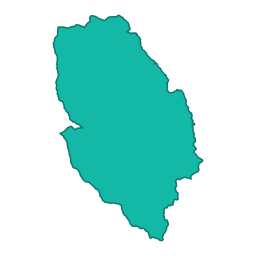 Girardota, Antioquia, Colombia (Robinson projection)
{"feature_id": "7082276B6763900439395", "entity_name": "Girardota", "entity_type": "district", "adm_level": 2, "iso_a3": "COL", "parent_name": "Colombia", "parent_adm1": "Antioquia", "projection": "robinson", "projection_center": [-75.429, 6.376], "detail": "fine", "context": "isolated", "style": "filled", "palette": "teal", "viewbox_px": 256, "rotation_deg": 0, "n_neighbors": 0, "source": "geoboundaries", "source_scale": "gbopen_adm2", "svg_char_len": 5745}
<svg xmlns="http://www.w3.org/2000/svg" viewBox="0 0 256 256"><path d="M195.8,148.1L195.0,147.4L194.5,146.2L194.0,146.0L193.7,145.2L193.4,145.0L193.8,143.9L193.6,142.4L194.5,142.2L195.6,141.3L195.4,140.7L195.3,139.2L195.1,138.3L194.8,138.4L193.7,136.1L194.4,134.1L193.2,131.6L193.1,130.3L192.7,129.2L193.1,127.9L192.6,127.3L192.3,125.6L193.8,125.2L194.6,124.5L194.2,123.3L193.2,123.3L192.2,122.9L192.4,122.2L193.1,120.8L192.0,119.1L191.6,119.0L191.0,118.1L191.7,117.6L191.8,117.2L191.6,117.1L191.9,116.6L192.1,115.7L191.5,114.8L191.8,114.5L191.4,113.4L191.4,113.0L190.8,112.9L190.3,112.6L188.8,111.0L188.2,109.9L188.0,109.7L187.9,109.4L188.2,109.1L188.4,108.2L188.6,108.0L186.9,105.6L186.5,105.3L186.1,104.5L186.0,103.9L186.0,101.7L186.2,100.7L186.0,99.9L185.3,98.4L184.8,97.7L184.1,95.9L183.8,94.1L183.2,93.0L182.0,91.4L181.7,90.7L181.2,90.3L179.2,90.6L178.9,90.5L178.9,90.1L178.5,90.1L178.1,90.5L176.9,89.7L176.3,90.8L175.4,91.2L175.0,91.1L173.9,92.1L171.2,92.9L168.8,92.4L168.2,91.7L168.2,91.3L167.3,90.3L167.0,89.8L167.1,88.2L167.3,87.8L167.4,87.2L167.3,84.5L166.8,83.8L167.4,83.4L167.3,82.2L168.2,81.5L168.5,80.5L168.5,79.9L167.7,79.0L166.2,76.5L166.0,75.2L164.3,74.2L161.3,70.5L160.6,68.7L159.9,68.0L159.4,68.0L158.5,66.9L157.8,66.4L157.3,64.1L156.6,63.9L156.4,63.3L156.1,63.2L155.0,63.5L155.3,63.1L155.3,62.6L154.8,62.1L154.7,62.4L154.5,62.2L154.4,61.4L154.0,60.9L151.7,59.7L150.7,58.9L150.1,58.2L149.5,57.8L149.3,57.1L148.6,56.7L147.1,55.2L146.5,53.5L146.0,52.7L145.0,51.8L144.2,50.7L142.5,49.7L141.9,48.7L142.0,48.0L141.9,47.2L141.1,46.5L140.4,45.2L140.5,43.6L140.8,42.8L140.7,42.1L140.2,41.1L140.5,39.3L139.9,38.7L139.6,37.8L139.0,37.0L138.5,36.8L137.6,35.7L137.1,35.5L136.8,35.0L137.3,34.7L137.2,34.4L136.3,33.7L136.1,33.3L135.0,32.9L134.7,33.4L132.8,33.2L132.2,32.8L130.5,33.8L129.1,32.3L128.3,32.3L127.1,31.7L130.0,29.3L130.1,28.3L129.1,26.4L129.0,24.9L128.1,22.7L127.3,22.2L125.4,20.2L124.7,20.1L124.1,19.7L123.4,18.8L123.1,17.7L121.7,17.2L119.4,15.5L118.4,15.4L116.1,16.7L109.1,17.0L106.8,18.6L105.2,20.3L104.1,20.5L102.7,19.8L101.6,19.6L99.4,18.8L96.2,16.9L94.1,16.0L93.3,15.8L91.2,15.8L90.5,16.3L89.8,17.7L89.8,18.9L90.2,21.1L90.0,21.5L88.3,22.6L87.3,23.5L84.5,27.4L83.8,27.3L83.3,26.8L82.6,26.4L81.0,26.1L79.5,25.1L77.5,25.1L76.6,24.7L76.2,24.7L75.8,25.1L74.8,26.5L73.3,26.4L70.0,27.2L68.5,28.1L67.7,28.1L63.6,27.1L60.5,27.0L58.1,27.2L57.5,35.1L57.1,36.0L55.4,37.4L54.9,38.3L54.5,39.6L54.5,41.6L53.7,42.4L53.4,43.4L53.9,47.0L54.8,49.8L55.2,53.0L56.8,55.1L57.1,55.9L57.4,57.6L57.2,61.7L56.8,63.6L56.8,64.8L57.3,66.8L56.8,67.7L57.0,68.8L57.5,70.0L57.7,71.8L58.2,72.5L58.0,73.5L58.6,74.7L58.4,75.8L57.6,78.0L57.1,78.9L56.8,80.2L56.0,81.7L55.9,82.3L56.5,84.7L56.7,86.3L56.3,87.5L56.4,89.5L56.6,90.0L57.3,90.5L57.6,91.0L57.2,93.8L57.4,94.2L58.1,94.7L58.1,96.2L58.7,97.3L58.7,98.8L59.0,99.6L59.4,100.1L59.6,100.1L61.0,101.2L62.5,101.4L62.8,101.9L63.3,103.1L63.5,104.2L64.2,105.6L64.1,107.8L64.7,108.8L65.4,109.4L66.6,111.8L68.3,112.8L68.5,114.8L69.6,115.8L69.5,118.0L70.0,119.4L70.9,120.2L71.9,120.7L72.9,122.0L74.7,122.1L75.5,122.7L76.3,123.8L77.0,124.0L78.3,124.2L79.0,124.6L80.3,126.1L81.3,126.7L82.3,127.7L79.2,128.1L77.0,128.2L75.7,129.4L75.2,129.5L74.5,129.3L71.5,126.5L70.5,126.4L68.8,127.4L67.2,128.0L66.3,129.5L64.5,131.0L62.7,132.3L60.2,133.3L60.1,133.5L61.1,134.6L62.9,135.4L63.2,135.8L64.3,138.2L65.7,139.6L66.8,141.6L67.2,143.3L67.8,147.8L68.7,150.4L69.2,152.6L69.3,154.6L70.5,157.8L70.7,161.9L71.1,163.0L72.3,165.2L72.5,166.3L72.9,167.2L73.8,167.9L76.4,168.6L77.1,169.1L79.1,171.6L79.4,172.7L80.2,174.1L80.2,174.9L80.4,175.5L81.1,176.3L82.8,179.1L84.6,181.1L85.7,181.7L88.2,182.2L89.1,182.5L90.8,183.8L92.1,185.1L93.8,186.5L95.3,188.5L96.3,189.2L97.9,189.8L98.9,191.4L99.7,193.4L100.1,196.2L100.5,196.7L101.1,197.1L101.9,198.2L102.4,199.9L102.9,200.7L104.0,201.3L105.3,202.3L106.6,202.3L110.0,203.1L114.2,203.0L116.4,203.7L118.6,203.7L119.7,204.6L121.3,205.1L122.0,209.6L122.4,210.8L122.8,211.4L122.9,212.6L123.6,213.5L124.1,214.8L125.1,215.4L126.3,216.7L129.9,222.3L130.0,223.3L130.7,224.5L131.9,225.8L132.4,226.1L133.8,226.1L134.6,226.5L136.7,226.1L138.3,226.8L139.9,228.3L141.1,228.4L141.6,228.7L142.6,228.2L143.9,228.4L144.7,229.4L144.9,230.0L145.7,230.6L146.3,231.4L147.7,231.7L148.4,232.3L148.5,233.5L148.9,234.3L149.5,236.8L150.3,238.2L151.2,238.0L151.8,237.5L153.7,237.3L154.5,237.8L155.1,237.7L155.5,238.0L158.2,238.9L158.9,239.7L160.0,240.3L161.8,240.6L162.5,240.3L163.2,239.1L162.6,238.3L162.5,237.7L162.6,236.6L163.4,235.3L163.3,234.0L163.7,233.8L164.7,232.7L164.9,232.2L165.5,231.7L165.6,230.4L166.6,229.4L166.3,227.7L166.6,227.2L167.7,226.2L167.7,225.4L168.3,224.6L168.2,223.1L167.6,222.4L167.4,222.0L167.6,221.1L167.5,220.5L166.4,220.1L165.2,219.8L164.6,219.9L164.4,217.0L163.7,215.0L163.7,213.5L164.2,213.3L164.2,212.9L163.8,212.2L163.7,211.7L164.1,210.8L164.1,210.2L164.4,209.5L164.6,208.1L167.2,207.7L168.3,205.1L170.0,205.8L172.1,204.9L172.9,203.9L173.0,204.1L173.3,203.1L173.1,202.4L173.2,202.1L174.3,199.9L175.0,199.3L175.4,199.3L177.0,199.9L177.5,199.7L178.2,198.9L177.8,197.9L177.7,196.3L178.0,193.4L177.8,193.0L176.9,192.4L176.6,192.0L175.5,189.6L175.4,188.6L175.0,188.0L175.1,187.7L176.1,186.7L176.6,185.9L176.2,184.4L176.3,183.2L175.8,182.3L175.7,181.7L175.9,181.6L176.0,180.2L176.5,180.0L176.9,178.8L177.8,178.8L179.1,179.6L180.2,179.4L181.3,178.9L182.3,177.9L182.7,178.0L184.3,177.3L185.8,177.4L186.6,177.8L189.1,178.1L190.9,179.0L190.9,176.8L191.1,176.1L191.6,175.3L194.8,172.9L197.4,171.9L198.2,171.2L198.5,170.7L198.8,169.6L198.8,169.0L198.4,167.9L198.4,166.8L198.9,164.0L199.5,163.2L201.9,161.8L202.5,160.9L202.6,160.3L202.2,159.7L198.4,157.5L197.6,156.8L196.3,154.8L193.7,152.2L194.0,151.4L195.1,150.0L196.2,149.1L195.8,148.1Z" fill="#14b8a6" stroke="#0f766e" stroke-width="1.5"/></svg>